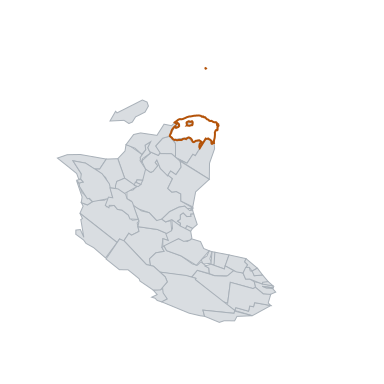 where South Africa sits in Africa, rotated 215°
{"feature_id": "ZAF", "entity_name": "South Africa", "entity_type": "country or territory", "adm_level": 0, "iso_a3": "ZAF", "parent_name": "Africa", "parent_adm1": "", "projection": "albers", "projection_center": [25.295, -34.555], "detail": "fine", "context": "in_parent", "style": "outline", "palette": "amber", "viewbox_px": 384, "rotation_deg": 215, "n_neighbors": 49, "source": "natural_earth", "source_scale": "50m", "svg_char_len": 14654}
<svg xmlns="http://www.w3.org/2000/svg" viewBox="0 0 384 384"><g transform="rotate(215 192 192)"><path d="M255.1,164.7L271.9,176.7L270.4,187.2L273.2,192.9L270.5,194.2L254.7,194.1L252.6,187.9L243.2,184.2L239.8,179.0L239.1,173.3L244.0,170.4L243.1,164.4L255.1,164.7Z" fill="#d9dde1" stroke="#a8b0b8" stroke-width="1"/><path d="M88.9,119.5L89.8,122.4L77.3,126.8L79.3,131.7L75.8,133.3L77.2,137.3L62.3,144.2L71.7,125.2L88.9,119.5Z" fill="#d9dde1" stroke="#a8b0b8" stroke-width="1"/><path d="M239.1,173.3L243.2,184.2L236.7,184.5L235.2,193.8L239.1,195.0L239.2,198.1L231.4,193.1L215.6,191.7L213.9,181.0L208.5,180.3L205.1,183.4L200.1,184.0L195.9,178.2L182.2,179.4L186.5,175.3L189.9,176.2L194.2,171.9L199.1,163.0L201.4,150.7L204.6,148.3L215.2,150.5L226.8,147.2L233.0,147.3L236.7,149.8L241.4,149.2L246.2,155.7L241.5,159.7L239.1,173.3Z" fill="#d9dde1" stroke="#a8b0b8" stroke-width="1"/><path d="M281.1,169.8L280.8,157.8L285.4,154.7L295.8,154.6L307.4,149.3L293.1,143.4L289.6,139.3L292.2,137.6L297.1,141.0L321.7,142.6L315.6,151.0L305.1,158.6L281.1,169.8Z" fill="#d9dde1" stroke="#a8b0b8" stroke-width="1"/><path d="M271.9,176.7L255.1,164.7L259.7,157.5L256.6,151.1L261.6,148.3L271.1,154.3L284.4,155.4L280.8,157.8L281.1,169.8L271.9,176.7Z" fill="#d9dde1" stroke="#a8b0b8" stroke-width="1"/><path d="M222.9,139.7L220.0,138.6L218.8,137.9L219.1,135.1L212.8,129.3L216.8,121.9L220.1,122.0L219.8,112.1L224.4,112.0L224.4,107.7L271.6,110.3L273.1,118.0L276.6,119.8L270.3,121.4L267.2,129.0L258.9,135.2L257.5,139.9L253.6,130.9L248.0,136.4L243.0,135.0L239.1,137.0L230.9,136.6L224.7,134.6L220.3,138.7L222.9,139.7Z" fill="#d9dde1" stroke="#a8b0b8" stroke-width="1"/><path d="M219.8,113.0L220.1,122.0L216.8,121.9L212.8,129.3L216.4,132.6L198.7,141.5L189.0,143.5L183.6,138.7L189.1,137.1L185.0,129.4L180.7,127.4L186.7,121.5L188.5,112.9L183.8,108.0L187.7,106.4L219.8,113.0Z" fill="#d9dde1" stroke="#a8b0b8" stroke-width="1"/><path d="M235.3,244.9L232.8,249.7L230.0,247.6L232.9,244.5L235.3,244.9Z" fill="#d9dde1" stroke="#a8b0b8" stroke-width="1"/><path d="M242.3,224.9L233.3,222.2L225.4,210.9L230.7,211.6L240.7,204.8L248.2,208.8L246.9,219.3L242.3,224.9Z" fill="#d9dde1" stroke="#a8b0b8" stroke-width="1"/><path d="M237.3,224.2L226.5,234.2L220.1,233.6L215.5,238.1L213.6,238.5L210.6,232.4L210.1,223.6L212.9,223.4L212.6,212.7L225.4,210.9L233.3,222.2L237.3,224.2Z" fill="#d9dde1" stroke="#a8b0b8" stroke-width="1"/><path d="M210.1,223.6L211.2,243.6L207.5,245.6L202.9,243.0L201.8,244.6L198.3,240.4L194.2,225.7L185.1,212.3L224.9,210.5L212.6,212.7L212.9,223.4L210.1,223.6Z" fill="#d9dde1" stroke="#a8b0b8" stroke-width="1"/><path d="M70.3,159.1L66.0,158.0L69.7,152.1L75.1,149.4L85.4,150.3L89.6,154.2L71.6,161.6L70.3,160.2L80.4,155.0L70.3,159.1Z" fill="#d9dde1" stroke="#a8b0b8" stroke-width="1"/><path d="M89.6,154.2L85.4,150.3L86.6,147.9L108.8,140.0L99.0,121.3L104.9,119.4L139.0,122.1L139.3,123.5L143.5,122.4L142.8,130.9L125.6,136.4L115.7,142.8L112.9,151.5L103.7,154.9L98.1,151.4L94.8,153.8L89.6,154.2Z" fill="#d9dde1" stroke="#a8b0b8" stroke-width="1"/><path d="M62.3,144.2L77.2,137.3L75.8,133.3L79.3,131.7L77.3,126.8L89.8,122.4L88.9,119.5L104.9,119.4L99.0,121.3L108.8,140.0L86.6,147.9L85.4,150.3L75.1,149.4L68.8,153.3L65.9,144.8L62.3,144.2Z" fill="#d9dde1" stroke="#a8b0b8" stroke-width="1"/><path d="M144.2,153.7L141.4,154.6L139.0,147.5L135.0,145.1L141.6,139.2L145.8,141.9L143.1,148.1L144.2,153.7Z" fill="#d9dde1" stroke="#a8b0b8" stroke-width="1"/><path d="M183.8,108.0L188.5,112.9L186.7,121.5L180.7,127.4L185.0,129.4L183.6,131.6L179.2,129.4L164.2,133.4L150.4,133.3L145.6,135.1L144.7,139.9L134.5,139.3L131.0,135.1L142.8,130.9L143.5,122.4L172.3,108.0L181.0,109.1L183.8,108.0Z" fill="#d9dde1" stroke="#a8b0b8" stroke-width="1"/><path d="M144.2,153.7L146.4,134.4L164.2,133.4L179.2,129.4L185.2,132.4L176.3,146.1L167.5,148.7L165.5,153.4L156.6,156.3L150.0,152.4L144.2,153.7Z" fill="#d9dde1" stroke="#a8b0b8" stroke-width="1"/><path d="M184.7,130.6L189.1,137.1L183.6,138.7L189.5,142.8L186.8,150.6L192.7,157.8L170.6,159.1L165.6,154.1L166.1,151.4L170.4,146.8L176.3,146.1L184.7,130.6Z" fill="#d9dde1" stroke="#a8b0b8" stroke-width="1"/><path d="M135.1,143.7L141.4,154.6L138.7,155.8L131.9,145.3L135.1,143.7Z" fill="#d9dde1" stroke="#a8b0b8" stroke-width="1"/><path d="M131.9,144.5L138.7,155.8L125.6,161.7L121.3,147.5L131.9,144.5Z" fill="#d9dde1" stroke="#a8b0b8" stroke-width="1"/><path d="M103.7,154.9L109.9,152.0L122.5,150.5L125.6,161.7L109.5,168.4L108.8,165.0L104.7,164.3L103.7,154.9Z" fill="#d9dde1" stroke="#a8b0b8" stroke-width="1"/><path d="M81.7,156.9L94.8,153.8L98.1,151.4L103.7,154.9L104.8,161.1L101.9,163.1L99.0,160.8L96.6,162.2L93.0,159.1L86.6,164.5L78.2,162.3L81.7,156.9Z" fill="#d9dde1" stroke="#a8b0b8" stroke-width="1"/><path d="M71.6,161.6L81.7,156.9L82.3,158.6L78.2,162.3L71.6,161.6Z" fill="#d9dde1" stroke="#a8b0b8" stroke-width="1"/><path d="M104.3,161.3L104.7,164.3L108.8,165.0L109.5,168.4L94.7,167.1L97.5,161.7L101.9,163.1L104.3,161.3Z" fill="#d9dde1" stroke="#a8b0b8" stroke-width="1"/><path d="M86.6,164.5L93.0,159.1L97.5,161.7L94.7,167.1L86.6,164.5Z" fill="#d9dde1" stroke="#a8b0b8" stroke-width="1"/><path d="M112.9,151.5L114.9,143.7L125.6,136.4L131.0,135.1L134.5,139.3L138.9,138.8L135.1,143.7L121.3,147.5L122.5,150.5L112.9,151.5Z" fill="#d9dde1" stroke="#a8b0b8" stroke-width="1"/><path d="M233.0,147.3L222.4,147.6L215.2,150.5L204.6,148.3L201.2,152.5L196.5,152.3L192.9,156.4L186.5,148.7L189.0,143.5L198.7,141.5L216.4,132.6L218.8,137.9L233.0,147.3Z" fill="#d9dde1" stroke="#a8b0b8" stroke-width="1"/><path d="M201.2,152.5L199.1,163.0L194.2,171.9L189.9,176.2L183.2,175.5L181.1,177.5L178.0,175.0L180.3,173.1L178.8,171.5L182.2,168.8L187.2,169.7L188.3,166.4L185.9,163.0L187.1,159.8L183.6,159.9L182.6,157.5L192.7,157.8L196.5,152.3L201.2,152.5Z" fill="#d9dde1" stroke="#a8b0b8" stroke-width="1"/><path d="M176.3,158.3L182.1,157.4L183.6,159.9L187.1,159.8L185.9,163.0L188.3,166.4L187.2,169.7L182.2,168.8L178.8,171.5L180.3,173.1L178.0,175.0L169.1,168.4L170.6,162.5L176.7,161.4L176.3,158.3Z" fill="#d9dde1" stroke="#a8b0b8" stroke-width="1"/><path d="M170.6,159.1L176.3,158.3L176.7,161.4L170.6,162.5L170.6,159.1Z" fill="#d9dde1" stroke="#a8b0b8" stroke-width="1"/><path d="M243.2,184.2L250.9,188.5L248.4,200.0L249.9,200.8L240.5,202.7L240.7,204.8L230.7,211.6L219.3,210.4L215.2,206.2L215.1,197.0L221.5,196.9L221.1,191.2L231.4,193.1L239.2,198.1L239.1,195.0L235.2,193.8L235.7,186.3L237.5,184.2L243.2,184.2Z" fill="#d9dde1" stroke="#a8b0b8" stroke-width="1"/><path d="M249.5,187.2L254.2,190.2L254.2,200.1L257.3,203.4L254.7,209.6L253.6,203.0L248.4,200.0L251.6,191.0L249.5,187.2Z" fill="#d9dde1" stroke="#a8b0b8" stroke-width="1"/><path d="M254.7,194.1L263.8,195.2L273.2,192.9L272.8,205.6L268.0,210.9L253.2,218.3L253.8,231.5L246.8,234.6L245.9,238.7L243.9,238.6L242.3,224.9L246.9,219.3L248.2,208.8L240.8,205.9L240.5,202.7L249.9,200.8L253.6,203.0L254.7,209.6L257.3,203.4L254.2,200.1L254.7,194.1Z" fill="#d9dde1" stroke="#a8b0b8" stroke-width="1"/><path d="M243.9,238.6L241.7,240.1L240.1,238.4L241.3,235.4L243.9,238.6Z" fill="#d9dde1" stroke="#a8b0b8" stroke-width="1"/><path d="M181.1,177.5L183.4,177.0L182.2,179.4L181.1,177.5ZM182.8,180.2L195.9,178.2L200.1,184.0L205.1,183.4L208.5,180.3L213.9,181.0L215.6,191.7L221.5,192.0L221.5,196.9L215.1,197.0L215.2,206.2L219.3,210.4L185.1,212.3L189.1,194.2L182.8,180.2Z" fill="#d9dde1" stroke="#a8b0b8" stroke-width="1"/><path d="M243.1,167.8L244.0,170.4L239.1,173.3L238.2,168.8L243.1,167.8Z" fill="#d9dde1" stroke="#a8b0b8" stroke-width="1"/><path d="M299.9,203.1L300.9,214.3L298.8,213.8L285.4,238.9L280.4,239.9L277.0,237.4L276.3,230.5L281.3,221.2L281.0,215.1L283.0,211.9L288.8,211.7L299.9,203.1Z" fill="#d9dde1" stroke="#a8b0b8" stroke-width="1"/><path d="M70.3,160.2L75.7,156.0L80.4,155.0L70.3,160.2Z" fill="#d9dde1" stroke="#a8b0b8" stroke-width="1"/><path d="M160.1,95.9L150.9,90.2L153.8,84.6L158.3,83.2L161.3,83.8L164.7,82.7L161.7,88.0L167.6,89.4L160.1,95.9Z" fill="#d9dde1" stroke="#a8b0b8" stroke-width="1"/><path d="M88.9,119.5L88.0,116.7L115.3,101.5L110.4,97.4L114.1,95.4L124.8,91.1L153.8,84.6L150.9,90.2L157.8,92.8L161.7,97.3L160.7,104.2L165.2,107.1L172.3,108.0L148.8,120.3L139.3,123.5L139.0,122.1L88.9,119.5Z" fill="#d9dde1" stroke="#a8b0b8" stroke-width="1"/><path d="M268.0,127.0L270.3,121.4L276.6,119.8L279.2,124.9L292.4,134.6L289.7,134.5L281.7,128.5L268.0,127.0Z" fill="#d9dde1" stroke="#a8b0b8" stroke-width="1"/><path d="M71.7,125.2L83.8,115.9L83.2,110.9L91.8,105.0L94.8,100.9L110.4,97.4L115.3,101.5L88.0,116.7L88.8,118.9L71.7,125.2Z" fill="#d9dde1" stroke="#a8b0b8" stroke-width="1"/><path d="M271.6,110.3L224.4,107.7L225.0,88.4L240.6,90.0L249.3,89.1L253.3,90.5L262.9,90.7L265.3,94.2L261.9,97.2L254.6,92.8L267.3,105.7L266.5,107.4L271.6,110.3Z" fill="#d9dde1" stroke="#a8b0b8" stroke-width="1"/><path d="M224.0,87.8L224.4,112.0L219.8,113.0L187.7,106.4L181.0,109.1L165.2,107.1L160.7,104.2L161.7,93.6L167.6,89.4L183.5,89.2L185.6,90.6L199.8,91.6L206.9,86.7L224.0,87.8Z" fill="#d9dde1" stroke="#a8b0b8" stroke-width="1"/><path d="M307.4,149.3L295.8,154.6L276.1,155.4L264.4,151.3L253.6,141.8L268.0,127.0L272.4,128.0L273.8,126.4L287.2,131.9L289.7,134.5L286.9,137.7L290.6,138.6L293.1,143.4L307.4,149.3Z" fill="#d9dde1" stroke="#a8b0b8" stroke-width="1"/><path d="M289.7,134.5L293.2,135.5L290.6,138.6L286.9,137.7L289.7,134.5Z" fill="#d9dde1" stroke="#a8b0b8" stroke-width="1"/><path d="M255.1,164.7L240.2,164.8L246.7,151.6L256.6,151.1L258.2,153.0L259.7,157.5L255.1,164.7Z" fill="#d9dde1" stroke="#a8b0b8" stroke-width="1"/><path d="M243.1,164.4L244.1,167.5L238.2,168.8L239.2,165.5L243.1,164.4Z" fill="#d9dde1" stroke="#a8b0b8" stroke-width="1"/><path d="M245.2,152.2L241.4,149.2L235.1,149.5L220.3,138.7L227.4,134.3L230.9,136.6L239.1,137.0L243.0,135.0L248.0,136.4L252.1,133.6L251.0,131.4L255.3,131.2L257.5,139.9L253.6,141.8L261.6,148.3L254.4,152.1L245.2,152.2Z" fill="#d9dde1" stroke="#a8b0b8" stroke-width="1"/><path d="M237.1,224.5L238.0,224.4L238.6,224.5L239.4,224.9L240.2,225.0L240.9,225.0L241.5,225.0L242.0,225.0L242.3,225.2L242.5,225.4L242.5,225.5L242.7,226.0L242.8,226.6L242.9,227.2L243.1,228.0L243.0,228.5L243.2,228.9L243.4,229.2L243.5,229.5L243.7,229.9L243.8,230.4L243.9,231.0L244.0,231.3L244.1,231.7L244.1,232.2L244.0,232.8L244.0,233.5L244.0,234.1L243.9,234.4L243.9,235.2L243.7,235.6L243.7,236.0L243.5,236.3L242.9,235.9L242.3,235.5L242.2,235.4L242.1,235.5L241.7,235.7L241.4,236.1L241.2,236.5L240.9,236.8L240.5,237.4L240.5,237.5L240.4,238.0L240.4,238.5L240.5,238.5L240.8,238.9L241.1,239.6L241.6,240.0L242.2,240.2L242.9,240.3L243.5,240.3L243.5,239.9L243.6,239.2L243.7,238.8L243.8,238.8L244.0,238.9L244.6,239.0L245.0,239.0L245.3,239.0L245.8,239.1L246.1,239.1L245.9,239.8L245.5,240.8L245.3,241.3L244.8,243.1L244.3,244.0L244.1,244.4L243.4,245.0L243.2,245.1L242.7,245.2L241.4,246.5L241.0,247.1L240.5,248.0L240.1,248.5L239.5,249.6L239.0,250.5L238.4,251.2L237.6,252.3L237.2,252.6L236.9,252.7L236.3,253.3L235.3,254.3L234.6,255.1L233.5,256.1L232.9,256.5L232.0,257.4L231.8,257.5L230.7,258.3L230.0,258.8L228.8,259.3L228.4,259.5L227.3,259.3L226.8,259.4L226.4,259.7L226.4,260.2L226.2,260.3L225.2,260.1L224.8,260.1L224.6,260.4L224.4,260.7L223.8,260.7L222.8,260.4L221.5,260.2L221.3,260.2L220.7,260.5L219.6,260.5L219.2,260.3L218.7,260.3L218.4,260.5L217.9,260.5L216.8,261.5L216.2,261.5L215.7,261.6L215.0,261.5L214.8,261.6L214.6,261.6L214.3,261.8L213.7,261.9L213.5,262.0L212.5,262.9L212.3,262.9L212.1,262.9L211.6,262.9L210.9,262.5L210.7,262.5L210.8,262.4L210.8,262.1L210.6,262.0L210.5,261.9L210.3,261.9L210.2,261.7L209.8,261.7L209.7,261.8L209.5,261.6L209.4,261.3L209.4,261.0L209.2,261.0L209.1,260.9L208.9,261.0L208.7,261.0L208.5,261.3L208.6,261.8L208.4,261.7L208.3,261.4L208.2,261.0L208.2,260.6L208.5,260.4L208.4,260.1L208.4,259.9L208.0,259.3L207.9,259.0L207.6,258.9L207.4,258.4L207.2,258.3L207.0,257.9L206.8,257.7L206.7,257.3L206.8,257.0L207.0,256.9L207.2,257.1L207.4,257.0L207.7,256.7L207.9,256.2L207.8,255.5L207.7,255.0L207.4,253.9L207.3,253.6L206.6,252.9L205.9,251.8L204.9,250.1L204.4,249.1L203.6,247.0L202.9,245.8L202.2,244.8L202.1,244.7L202.5,244.3L202.7,244.2L202.8,244.2L202.9,243.8L202.9,243.6L203.0,243.4L203.1,243.1L203.2,242.9L203.5,242.8L203.8,242.9L203.9,243.1L204.0,243.3L204.3,243.4L204.4,243.5L204.5,243.7L204.5,243.9L204.4,244.0L204.6,244.3L204.6,244.5L204.7,244.8L205.2,244.9L205.4,244.9L205.8,244.9L206.2,245.0L206.5,245.2L207.1,245.2L207.8,245.0L208.4,245.0L209.0,245.2L209.3,245.2L209.5,245.0L209.6,244.9L209.6,244.7L209.9,244.5L210.1,244.3L210.3,244.0L210.6,243.8L211.1,243.6L211.4,243.6L211.4,243.1L211.3,241.8L211.2,240.4L211.2,239.1L211.1,237.7L211.0,236.4L211.0,235.0L210.9,233.7L210.8,232.4L211.0,232.5L211.9,233.1L212.1,233.5L212.7,234.5L213.0,235.2L213.2,235.7L213.2,236.0L213.3,236.2L213.3,236.4L213.3,236.5L213.2,236.8L213.0,237.0L212.8,237.4L212.8,237.8L212.9,238.3L213.0,238.5L213.5,238.5L213.8,238.5L214.1,238.6L215.1,238.5L215.3,238.5L215.7,238.5L215.8,238.5L215.9,238.4L216.0,238.1L216.4,237.9L216.6,237.8L216.8,237.6L217.2,237.0L217.8,236.5L218.0,236.4L218.2,236.2L218.3,236.0L218.5,235.4L218.7,234.8L218.7,234.6L218.9,234.2L219.1,233.9L219.3,233.8L219.4,233.7L219.6,233.6L219.9,233.6L220.3,233.6L220.7,233.8L221.1,234.0L221.5,234.4L221.7,234.5L221.9,234.6L222.3,234.6L222.5,234.6L222.9,235.0L223.1,235.0L223.5,235.1L224.0,235.2L224.4,235.2L224.7,235.0L225.0,235.0L225.3,235.0L225.7,234.9L225.9,234.9L226.1,234.7L226.3,234.5L226.5,234.0L226.7,233.6L226.8,233.1L227.1,232.5L227.2,232.1L227.2,231.9L227.6,231.8L227.9,231.7L228.6,231.5L228.9,231.2L229.2,230.9L229.6,230.6L229.8,230.4L230.2,229.0L230.3,228.8L230.6,228.4L230.8,228.3L231.0,228.2L231.4,227.9L231.7,227.8L231.9,227.7L232.0,227.5L232.1,227.4L232.4,227.4L232.5,227.3L232.5,227.2L232.9,227.0L233.0,226.9L233.0,226.7L233.3,226.4L233.8,225.9L234.3,225.6L234.7,225.5L235.2,225.4L235.6,225.3L235.9,225.0L236.1,224.7L236.4,224.5L237.1,224.5ZM234.5,248.4L235.0,248.2L235.3,248.0L235.5,247.9L235.6,247.5L235.6,247.2L235.8,247.1L236.0,246.8L236.2,246.4L236.3,246.1L236.3,245.9L236.2,245.6L236.1,245.4L235.8,245.2L235.5,244.9L235.2,244.7L235.0,244.4L234.9,244.3L234.6,244.1L234.5,243.9L234.4,243.8L234.4,243.7L234.3,243.8L234.0,243.8L233.3,244.1L232.9,244.3L232.6,244.6L232.2,244.7L232.0,244.8L231.8,245.1L231.6,245.4L231.4,245.7L231.3,245.8L231.2,245.9L231.1,246.0L231.0,246.3L230.8,246.5L230.6,246.6L230.3,246.7L230.2,246.8L230.2,247.2L230.3,247.5L230.5,247.8L230.6,248.0L230.8,248.3L230.9,248.5L230.9,248.8L231.0,249.0L231.3,249.1L231.4,249.3L231.5,249.4L231.7,249.7L231.9,249.8L232.3,249.9L232.6,250.0L232.8,249.8L232.9,249.6L232.9,249.4L233.0,249.3L233.4,248.7L233.6,248.5L233.9,248.5L234.1,248.4L234.2,248.5L234.3,248.5L234.5,248.4ZM251.9,301.3L251.4,301.2L251.5,300.9L251.8,300.9L252.0,301.1L251.9,301.3Z" fill="none" stroke="#b45309" stroke-width="2"/></g></svg>